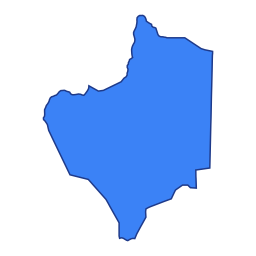 Ribeira do Pombal, Bahia, Brazil (Natural Earth projection)
{"feature_id": "56859067B15668826458342", "entity_name": "Ribeira do Pombal", "entity_type": "district", "adm_level": 2, "iso_a3": "BRA", "parent_name": "Brazil", "parent_adm1": "Bahia", "projection": "natural_earth1", "projection_center": [-38.58, -10.794], "detail": "fine", "context": "isolated", "style": "filled", "palette": "blue", "viewbox_px": 256, "rotation_deg": 0, "n_neighbors": 0, "source": "geoboundaries", "source_scale": "gbopen_adm2", "svg_char_len": 2070}
<svg xmlns="http://www.w3.org/2000/svg" viewBox="0 0 256 256"><path d="M60.8,90.6L59.2,91.8L57.9,93.5L56.5,95.0L54.9,95.5L53.3,96.3L51.6,96.8L50.4,97.8L49.5,99.6L49.1,101.2L48.4,102.6L47.4,104.2L46.4,105.4L45.7,107.3L44.6,109.7L44.6,111.6L44.7,114.2L44.5,116.3L43.4,117.9L43.6,119.7L44.7,120.6L46.0,122.4L47.4,124.6L48.0,127.3L48.7,130.4L52.8,139.0L70.0,174.8L79.5,177.2L88.3,179.4L106.0,199.4L108.0,202.9L110.1,206.8L112.4,210.9L119.1,222.8L119.1,234.1L119.1,236.0L119.6,238.3L121.2,237.8L122.5,238.0L123.7,238.5L124.8,239.2L126.5,240.2L127.8,240.6L129.3,239.7L131.1,238.8L132.9,238.4L134.8,238.6L136.8,233.8L141.0,226.0L141.7,224.8L145.9,217.2L145.7,213.6L145.6,211.8L145.9,209.0L147.5,208.0L149.6,207.0L151.1,206.4L157.4,204.0L163.9,201.5L171.3,198.8L174.2,192.6L175.5,190.0L182.5,185.1L187.8,185.1L190.4,187.7L196.3,188.1L196.0,178.3L195.9,176.9L195.8,170.0L200.8,169.3L209.8,168.0L210.6,133.0L210.8,124.4L211.0,117.9L211.4,97.1L211.5,93.0L211.7,86.1L212.1,69.1L212.3,58.5L212.4,55.2L212.6,53.4L212.6,51.4L204.9,49.8L201.1,48.6L184.8,37.8L182.4,37.8L180.6,37.8L167.1,37.8L165.6,37.3L164.1,37.1L162.8,36.8L161.4,36.8L160.2,36.6L158.8,35.8L157.9,34.5L157.3,32.6L156.4,29.9L155.9,28.2L154.7,27.5L153.4,27.4L151.9,26.2L151.5,24.3L149.9,23.5L148.1,22.4L146.4,21.2L146.0,19.3L145.4,17.8L144.5,16.4L142.8,15.4L141.4,15.5L139.7,15.5L138.4,16.2L137.1,17.7L136.9,19.9L137.0,21.5L136.8,23.5L136.5,24.9L136.2,26.7L135.6,28.1L135.0,29.4L134.2,30.9L133.6,32.4L133.6,34.3L134.3,36.8L134.9,39.1L134.8,40.9L134.5,42.3L133.5,44.0L132.6,45.8L132.0,47.5L131.6,49.6L131.7,51.7L131.9,54.3L132.2,56.1L132.6,57.5L131.2,58.6L129.6,59.5L129.2,61.1L128.4,62.6L128.3,64.3L127.3,65.4L127.2,67.3L128.0,69.2L127.8,71.2L127.1,73.2L127.1,75.1L126.1,76.8L124.0,78.2L122.4,80.2L121.1,81.8L103.4,90.4L101.9,90.6L98.4,91.1L88.9,85.8L88.8,87.5L88.4,89.0L87.2,91.1L86.1,92.6L85.0,94.1L83.8,95.3L82.2,95.0L80.7,94.3L78.5,94.0L77.0,94.3L75.2,94.6L73.0,94.8L71.6,94.5L70.5,93.6L69.7,92.2L68.5,91.8L66.6,91.3L65.3,90.6L64.2,90.3L62.4,90.5L60.8,90.6Z" fill="#3b82f6" stroke="#1e3a8a" stroke-width="1.5"/></svg>